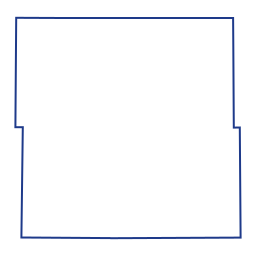 Stutsman, North Dakota, United States of America
{"feature_id": "52423323B9912290141920", "entity_name": "Stutsman", "entity_type": "district", "adm_level": 2, "iso_a3": "USA", "parent_name": "United States of America", "parent_adm1": "North Dakota", "projection": "orthographic", "projection_center": [-98.962, 46.979], "detail": "fine", "context": "isolated", "style": "outline", "palette": "blue", "viewbox_px": 256, "rotation_deg": 0, "n_neighbors": 0, "source": "geoboundaries", "source_scale": "gbopen_adm2", "svg_char_len": 283}
<svg xmlns="http://www.w3.org/2000/svg" viewBox="0 0 256 256"><path d="M16.2,17.8L15.4,127.2L22.8,127.2L21.4,237.5L110.2,238.1L111.0,238.2L240.6,237.6L239.8,127.5L233.8,127.6L233.3,45.2L233.1,18.0L226.3,18.0L62.1,18.0L16.2,17.8Z" fill="none" stroke="#1e3a8a" stroke-width="2"/></svg>